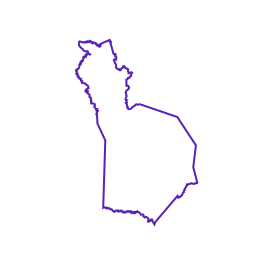 Derwent Valley, Tasmania, Australia (Robinson projection), rotated 246°
{"feature_id": "25037944B77062531378131", "entity_name": "Derwent Valley", "entity_type": "district", "adm_level": 2, "iso_a3": "AUS", "parent_name": "Australia", "parent_adm1": "Tasmania", "projection": "robinson", "projection_center": [146.703, -42.804], "detail": "fine", "context": "isolated", "style": "outline", "palette": "violet", "viewbox_px": 256, "rotation_deg": 246, "n_neighbors": 0, "source": "geoboundaries", "source_scale": "gbopen_adm2", "svg_char_len": 5849}
<svg xmlns="http://www.w3.org/2000/svg" viewBox="0 0 256 256"><g transform="rotate(246 128 128)"><path d="M208.3,113.1L207.8,112.1L207.6,112.2L207.7,111.7L206.3,111.4L206.4,110.8L205.7,110.7L205.8,110.4L205.4,110.4L205.6,109.3L204.8,109.1L202.8,107.8L202.4,105.6L202.1,105.7L201.8,104.7L202.1,104.6L201.9,104.0L201.1,104.2L200.9,103.9L199.9,104.2L199.8,103.8L198.5,102.8L197.7,104.0L197.0,103.6L196.2,102.9L195.4,103.9L194.4,103.2L193.6,104.1L192.9,103.6L191.7,105.1L190.2,104.2L189.5,105.2L188.1,104.3L186.0,107.1L185.7,107.0L185.2,107.1L183.3,108.3L182.5,108.6L181.6,108.3L180.6,108.3L180.3,107.4L180.4,106.3L180.3,105.6L179.3,104.3L178.8,104.0L178.2,104.2L177.7,104.8L177.8,105.2L178.4,105.9L178.0,106.4L177.0,105.5L176.1,105.1L175.0,106.1L174.2,106.4L173.6,106.4L173.1,105.8L172.6,105.5L172.0,105.5L171.5,105.9L171.1,105.7L170.8,105.9L170.7,106.3L170.3,106.4L170.1,106.1L169.1,105.9L168.6,105.3L168.0,105.6L167.3,105.5L167.1,105.3L167.5,105.1L167.1,104.9L166.2,105.1L166.2,104.9L165.8,104.9L165.5,104.5L164.5,105.8L163.9,106.9L163.4,107.3L162.0,107.0L161.6,106.6L161.6,106.2L161.3,105.9L160.5,105.8L159.6,106.3L158.7,106.3L158.4,106.7L158.4,106.4L157.7,106.2L157.0,106.5L157.2,106.9L157.0,107.0L156.7,106.9L156.4,106.4L156.1,106.3L155.8,106.6L156.0,107.1L155.8,107.4L155.3,106.9L155.5,106.2L154.6,105.8L154.7,105.6L154.0,105.1L154.0,105.5L153.6,105.4L144.5,101.9L125.9,102.2L65.4,73.0L65.5,73.4L65.1,74.2L64.4,74.8L64.3,75.5L63.7,75.4L63.2,75.6L63.2,76.3L63.0,76.5L63.3,76.9L62.4,77.5L62.3,78.0L61.6,78.3L61.7,78.5L61.2,78.5L60.6,79.7L60.4,79.9L60.1,79.8L59.8,80.2L58.8,80.3L58.5,80.7L58.0,80.7L57.6,81.1L57.4,81.1L57.3,81.5L57.0,81.6L56.9,82.1L57.3,82.6L57.3,83.0L57.5,83.2L57.2,83.5L57.1,84.4L56.1,84.7L56.1,84.9L56.6,85.1L56.6,85.4L55.9,85.4L56.0,85.7L55.5,85.7L55.3,86.2L55.2,86.5L55.4,87.7L54.9,87.7L54.7,88.4L53.8,89.0L53.0,88.9L52.9,89.1L53.5,89.3L53.0,89.5L52.9,90.1L53.0,90.5L52.7,90.7L52.3,90.6L52.3,91.0L51.8,91.5L52.0,91.9L51.8,92.2L52.4,92.6L52.3,93.6L52.1,94.1L51.7,94.0L51.6,94.4L51.2,94.5L51.1,95.0L51.2,95.4L50.8,95.4L50.6,96.0L50.7,97.0L50.0,97.2L49.5,96.8L48.9,96.6L48.8,97.8L49.0,98.1L48.5,98.4L48.7,99.2L48.3,99.1L48.2,98.2L47.5,99.1L47.3,100.0L47.4,100.5L48.2,100.7L47.8,101.6L48.1,102.2L48.1,102.6L47.2,102.6L46.5,103.9L44.5,104.5L43.6,104.5L43.3,105.0L43.1,106.1L42.7,106.7L41.8,106.7L41.2,106.3L41.1,106.6L40.1,106.6L39.8,107.1L39.4,107.1L39.3,107.4L39.4,107.6L39.1,108.7L37.8,109.5L36.7,109.8L35.6,109.2L34.5,108.2L34.1,108.5L34.3,109.0L34.0,109.6L34.3,109.9L34.2,110.3L34.8,110.7L34.6,111.3L35.0,112.2L34.7,112.4L34.6,112.8L34.3,112.9L34.0,112.4L33.6,112.5L33.0,112.2L32.5,112.6L31.6,112.7L31.0,113.2L30.5,112.7L29.2,112.9L30.6,114.2L31.6,115.7L32.0,117.1L32.3,117.4L45.9,145.8L45.1,146.1L44.5,145.5L43.9,145.5L43.7,145.7L43.7,146.2L43.9,146.9L43.8,147.9L44.5,148.8L44.7,149.4L44.5,149.6L44.7,150.2L45.3,150.6L45.8,151.2L46.2,151.5L46.6,152.2L46.6,152.5L47.0,152.8L46.9,153.0L47.4,153.2L47.6,153.7L48.3,154.0L48.3,154.3L48.6,154.3L48.9,154.9L49.2,155.0L49.2,155.4L49.8,155.7L50.3,156.8L51.1,157.5L51.0,157.8L51.5,158.6L52.1,158.6L52.4,158.8L52.0,159.1L52.0,160.3L52.1,160.9L51.7,161.7L51.8,162.3L51.7,162.6L51.9,163.1L51.4,164.0L50.0,165.3L50.0,166.4L50.3,167.0L50.0,167.5L49.7,167.8L49.6,168.6L50.0,168.9L50.0,169.1L65.7,171.7L84.6,183.0L118.0,177.5L144.8,148.6L145.4,146.2L146.1,145.7L146.3,144.8L146.2,144.3L145.6,143.6L145.4,140.7L144.9,140.2L144.8,139.4L144.5,138.7L144.5,137.9L144.8,136.5L146.0,135.7L146.8,135.6L147.3,136.4L148.6,136.0L149.1,136.4L149.6,136.4L150.1,136.6L151.8,136.1L151.9,136.4L151.7,137.3L151.9,137.5L153.6,137.4L153.9,137.5L154.1,138.0L154.4,137.5L155.1,137.4L156.0,137.9L157.7,139.8L158.5,139.6L159.7,140.1L160.0,140.3L161.3,140.2L162.8,141.8L162.9,143.2L163.3,143.8L163.4,144.4L164.7,145.5L165.2,145.3L166.3,145.4L166.9,144.4L167.1,143.9L167.6,143.7L168.4,144.4L172.7,146.0L172.9,146.2L172.8,147.2L173.1,147.6L173.7,148.2L173.3,149.0L173.6,150.1L174.2,150.5L174.1,150.8L174.2,151.9L175.4,152.4L176.8,154.3L177.3,154.0L177.7,153.4L177.9,152.1L177.6,151.0L177.7,150.8L179.1,151.1L179.9,151.0L180.8,151.8L182.1,151.8L182.4,151.6L182.7,150.9L183.0,150.5L183.7,150.4L184.5,149.9L185.8,149.8L186.3,149.5L186.5,149.0L186.4,148.8L185.1,148.1L185.3,147.4L184.8,145.4L183.9,144.9L183.8,144.7L184.0,144.1L184.8,143.5L185.5,143.6L185.6,142.9L186.2,142.4L187.9,141.7L188.4,141.7L189.1,142.2L190.5,142.8L192.3,142.7L193.2,142.3L194.2,142.7L195.9,142.7L195.9,143.3L196.2,143.8L195.4,144.8L196.2,145.0L196.6,145.8L196.9,146.0L198.1,146.1L198.5,145.7L198.9,145.8L199.3,145.5L200.2,145.9L200.1,146.1L200.2,146.6L201.0,146.4L201.4,145.2L201.9,144.9L213.1,146.7L213.8,146.6L213.6,147.4L214.0,147.4L214.1,146.9L215.9,147.1L216.0,137.1L215.2,136.9L215.4,135.9L213.8,135.7L213.9,135.1L214.4,135.1L214.5,134.8L214.8,134.8L214.8,134.6L215.5,134.7L215.6,133.8L216.2,133.9L216.4,133.3L217.6,133.5L217.7,132.7L218.4,132.9L218.5,132.6L219.3,132.5L219.7,131.6L220.0,131.6L220.1,131.2L219.6,130.5L220.2,130.1L220.0,129.9L220.6,129.5L220.8,129.8L220.9,129.4L221.8,129.6L221.9,128.8L222.3,128.9L222.4,128.4L223.1,128.5L223.1,128.1L222.8,128.0L222.9,127.6L222.5,127.6L222.7,126.9L223.0,127.0L223.2,126.0L223.7,126.1L223.8,125.4L223.5,125.1L223.1,125.0L223.2,124.5L223.3,124.5L223.5,123.8L223.8,123.9L223.9,123.3L224.2,123.4L224.3,122.7L224.1,122.7L224.6,121.5L224.8,121.6L225.0,121.2L226.1,120.0L226.8,118.7L226.5,118.3L226.1,118.4L225.1,117.8L224.2,117.0L223.2,116.9L222.3,117.0L221.7,117.4L221.2,117.4L220.8,117.6L220.2,117.8L218.2,118.8L216.5,119.1L215.4,120.2L214.9,121.8L213.5,122.4L212.0,122.3L210.6,123.3L210.5,123.1L211.6,122.1L212.0,121.9L213.3,122.1L212.8,121.5L212.2,119.4L211.4,119.9L210.5,118.8L210.8,118.8L210.6,118.4L210.9,118.3L210.7,117.8L211.0,117.8L210.6,116.6L211.0,116.3L210.3,115.6L209.9,115.9L207.8,114.0L207.9,113.9L207.6,113.6L208.3,113.1Z" fill="none" stroke="#5b21b6" stroke-width="2"/></g></svg>